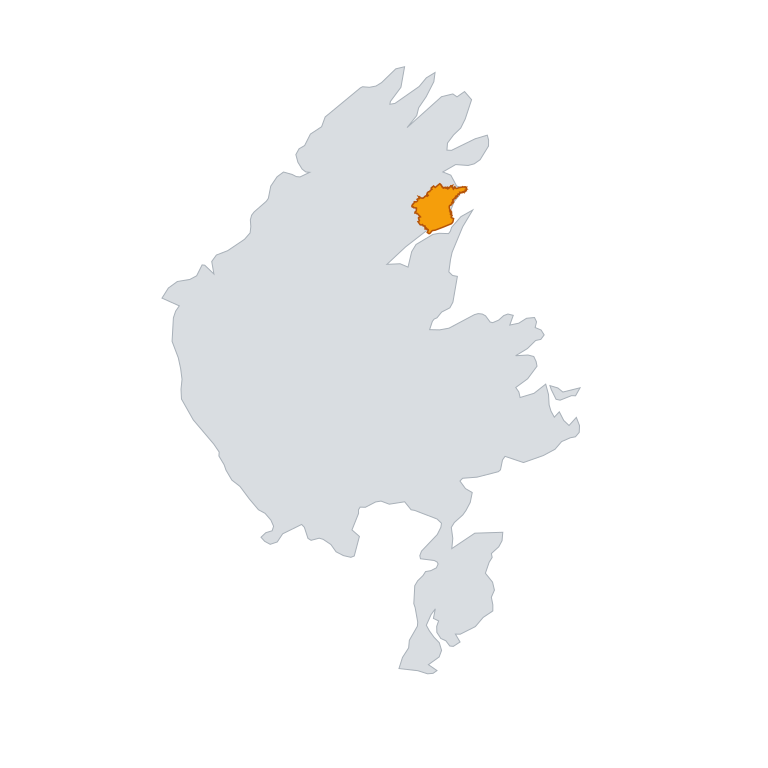 Listowel Lea-6, Kerry, Ireland shown in context, rotated 157°
{"feature_id": "5873133B46430887417549", "entity_name": "Listowel Lea-6", "entity_type": "district", "adm_level": 2, "iso_a3": "IRL", "parent_name": "Ireland", "parent_adm1": "Kerry", "projection": "orthographic", "projection_center": [-9.67, 52.458], "detail": "fine", "context": "in_parent", "style": "filled", "palette": "amber", "viewbox_px": 768, "rotation_deg": 157, "n_neighbors": 0, "source": "geoboundaries", "source_scale": "gbopen_adm2", "svg_char_len": 9136}
<svg xmlns="http://www.w3.org/2000/svg" viewBox="0 0 768 768"><g transform="rotate(157 384 384)"><path d="M460.8,138.2L447.9,148.0L446.0,151.6L442.7,166.0L442.4,170.1L434.5,186.3L429.9,189.7L423.0,192.4L419.0,195.1L414.0,193.9L407.6,194.3L404.5,197.2L404.7,199.4L406.7,201.9L418.7,208.9L418.1,212.0L414.8,215.5L393.8,224.6L387.6,229.9L385.5,233.4L387.9,239.0L405.3,255.8L408.2,257.6L411.0,267.5L426.1,271.3L432.5,277.4L437.8,278.7L449.3,277.8L454.1,280.0L456.6,278.2L458.0,274.8L470.5,262.2L466.2,253.3L478.6,237.3L482.2,237.4L488.4,241.9L493.7,248.3L495.6,257.0L500.7,264.8L503.9,267.4L512.2,268.6L514.3,271.6L513.3,283.2L514.7,286.9L535.8,285.7L544.0,280.3L551.4,280.9L555.3,285.8L557.1,291.0L550.9,293.3L544.3,292.6L541.2,296.2L541.3,302.9L544.0,311.4L548.7,317.3L552.9,330.9L556.6,346.0L561.6,355.0L563.1,366.5L562.7,372.1L564.1,382.2L562.3,385.8L564.2,395.3L573.6,425.5L576.3,449.3L572.9,458.5L568.1,467.2L565.2,477.5L563.1,488.5L562.4,506.1L552.0,527.2L547.3,532.5L541.9,535.9L554.8,549.8L545.0,556.6L534.1,559.1L521.8,556.1L514.2,556.8L504.9,564.7L502.6,563.4L497.6,551.7L494.7,564.1L487.9,568.2L475.8,567.8L455.8,571.7L448.2,575.4L445.1,580.9L442.9,587.3L439.9,591.1L436.4,593.1L420.9,598.2L417.9,600.1L410.9,610.4L401.5,616.5L393.7,618.4L386.6,612.7L383.7,609.2L380.4,607.4L369.7,607.9L373.1,609.7L375.4,613.8L376.6,621.8L375.5,629.6L370.3,633.7L363.9,634.5L354.1,642.8L340.9,645.2L333.8,652.8L290.1,665.8L287.6,666.0L281.5,662.8L275.0,661.4L268.4,662.4L250.0,669.5L241.1,668.0L252.5,650.5L267.7,641.6L269.3,639.2L264.3,638.0L235.4,644.1L225.4,649.3L215.3,650.8L220.0,642.8L233.0,631.9L244.2,624.7L249.0,618.3L262.6,611.0L218.8,626.0L207.3,624.1L204.6,619.8L195.6,621.7L192.3,611.5L205.7,596.2L213.4,589.6L222.6,586.1L231.4,581.0L234.7,574.7L230.6,572.7L204.2,574.1L191.7,572.7L192.4,567.7L194.8,562.2L207.9,552.9L214.9,551.4L221.2,552.3L232.3,558.0L247.0,556.2L240.9,550.1L239.8,537.9L235.1,533.7L241.2,528.1L248.1,524.6L259.5,512.9L263.6,511.1L286.2,508.2L310.5,501.8L334.6,493.0L322.2,488.4L316.2,482.2L306.8,495.0L300.0,499.9L280.6,502.6L274.4,501.2L265.8,497.2L263.1,498.8L260.6,501.8L247.8,508.0L234.3,509.5L250.0,498.1L269.8,478.7L274.2,472.5L280.5,461.9L278.5,457.1L274.4,454.4L288.6,432.4L293.6,428.4L302.8,427.7L309.4,424.2L312.4,424.2L315.0,422.8L320.8,416.2L311.7,412.1L302.4,410.0L273.6,412.5L269.8,412.0L266.2,410.0L263.9,407.1L262.1,399.6L260.0,398.0L253.5,398.0L247.1,400.2L242.6,400.0L238.2,396.7L245.2,389.1L236.2,387.3L227.1,388.8L219.5,386.4L219.3,381.6L222.8,376.9L218.3,372.3L217.4,366.6L222.2,363.8L227.4,364.8L238.1,360.6L251.8,358.6L240.1,354.4L235.4,350.8L235.2,345.3L236.2,340.6L249.7,332.7L264.1,329.3L263.0,324.0L264.0,318.4L249.5,316.8L235.2,320.7L236.7,310.0L240.2,300.2L240.9,293.8L240.2,286.9L233.5,289.9L232.8,280.2L229.9,273.5L220.0,278.1L220.3,269.3L223.2,263.2L228.4,260.6L233.5,261.7L243.0,261.6L252.1,257.1L265.3,255.9L286.3,257.2L300.9,270.1L304.6,267.8L310.3,259.5L313.0,258.6L334.8,261.9L348.4,266.5L352.0,265.0L349.9,255.9L345.2,249.6L350.9,241.3L357.9,235.6L362.6,232.7L373.4,229.0L378.1,225.7L381.0,215.0L385.9,206.0L358.7,211.2L332.6,201.1L336.6,193.6L342.0,189.3L351.4,186.0L352.2,182.1L356.9,178.8L364.6,170.2L361.5,159.2L362.9,151.1L368.5,145.8L370.1,138.2L372.5,132.6L383.9,130.4L394.7,125.0L411.6,123.9L416.0,125.9L414.8,116.8L422.7,115.4L425.8,117.1L427.4,123.5L431.1,127.5L432.4,134.7L430.2,140.3L426.3,144.6L430.1,148.9L424.6,157.0L430.7,153.4L439.3,145.4L438.7,139.1L436.9,131.3L434.2,124.2L435.1,116.3L439.9,111.2L452.8,108.3L447.2,99.5L451.9,98.5L457.1,100.2L464.9,106.9L481.4,116.2L473.8,125.1L464.4,131.5L460.8,138.2ZM232.2,313.5L231.9,317.7L225.5,312.4L222.5,306.7L205.0,303.9L212.3,298.3L215.9,300.0L228.2,300.3L231.6,302.7L232.2,313.5Z" fill="#d9dde1" stroke="#a8b0b8" stroke-width="1"/><path d="M261.0,546.9L262.4,546.3L262.5,546.5L264.1,545.9L263.8,544.5L265.6,544.2L266.1,543.9L266.7,543.3L268.0,543.6L269.4,543.1L269.7,542.4L270.4,542.1L270.6,541.7L270.0,541.6L269.6,540.3L270.9,539.9L271.3,540.6L272.1,540.9L272.7,540.6L272.9,540.7L273.5,540.4L273.6,540.5L273.9,540.2L275.5,539.8L275.8,540.1L276.2,540.1L276.8,540.6L277.3,540.7L277.9,541.3L278.0,542.4L278.5,542.3L279.0,542.9L278.9,542.0L278.9,541.3L279.1,540.9L279.6,541.2L280.8,541.2L281.3,541.1L281.1,540.8L281.0,540.5L281.5,539.5L282.8,539.0L283.2,539.1L284.6,539.9L284.9,539.9L284.9,539.6L285.2,539.3L285.1,539.1L286.5,538.6L286.6,538.4L286.8,538.4L287.2,538.0L287.5,538.1L287.6,537.9L288.1,537.7L288.6,536.9L288.7,537.1L288.9,536.9L288.8,535.8L288.3,535.6L288.0,535.2L287.8,535.4L287.7,535.2L287.9,534.9L287.8,534.6L287.2,534.4L286.5,533.9L285.8,533.8L285.6,533.6L285.7,533.3L285.4,533.1L285.6,532.7L285.9,532.1L286.1,531.9L286.3,531.5L286.6,530.8L287.2,530.4L288.4,530.1L288.7,529.2L287.8,529.1L287.4,528.0L287.1,527.9L286.8,528.0L286.3,526.9L286.1,525.9L285.5,525.1L285.6,524.7L285.4,524.3L285.6,524.1L285.6,523.8L285.4,523.7L285.3,523.8L285.2,523.6L285.6,523.6L285.6,523.8L285.8,523.7L285.8,524.0L286.1,523.8L286.0,523.7L286.3,523.8L286.5,523.7L286.6,523.8L287.1,523.8L287.2,523.4L287.1,523.2L287.4,523.1L287.4,522.9L287.6,522.6L287.6,521.8L287.4,521.3L287.4,521.0L287.6,520.5L287.9,520.3L289.3,520.2L288.5,516.5L287.8,516.0L287.1,515.7L286.2,515.7L286.2,515.2L286.2,514.8L286.1,514.5L285.7,514.1L285.8,514.0L284.7,513.6L284.7,513.3L284.5,513.1L284.7,512.8L285.0,512.8L285.1,512.4L284.5,511.6L285.2,511.5L285.3,511.4L285.6,510.6L285.3,510.5L285.1,510.5L284.9,510.8L284.6,510.6L284.1,510.6L283.9,510.3L284.0,510.2L284.2,509.8L283.0,508.9L283.1,508.7L283.2,508.2L283.4,507.9L283.6,507.9L283.7,507.7L285.0,506.6L283.9,504.9L283.2,504.7L282.5,504.9L280.4,506.0L279.4,506.3L276.8,505.6L268.1,505.3L259.2,505.2L257.3,506.2L255.3,509.1L256.8,510.6L256.7,510.9L256.8,511.0L256.6,511.1L256.9,511.1L256.9,511.5L255.6,512.4L255.6,512.6L255.4,512.7L255.4,512.8L255.4,513.1L255.2,513.1L255.6,513.3L255.6,513.5L256.3,513.7L256.2,513.9L256.3,514.0L256.1,514.1L256.2,514.3L255.9,514.4L256.1,514.5L255.9,514.7L256.1,514.8L256.0,515.0L256.0,515.3L255.5,515.1L255.1,515.4L255.5,515.5L255.1,515.6L255.8,515.6L255.8,515.9L255.1,516.1L254.9,516.4L255.2,516.4L255.4,516.6L255.7,516.9L255.5,517.2L255.3,517.1L255.2,517.2L255.3,517.3L255.2,517.3L255.3,517.5L255.7,517.7L255.6,518.0L255.4,517.9L255.3,518.2L255.1,518.3L255.3,519.1L255.2,520.0L254.9,521.2L254.6,521.8L254.4,522.2L253.8,522.7L252.6,522.4L252.5,522.5L252.3,522.7L252.4,522.8L251.9,523.2L251.2,523.2L251.2,523.3L250.7,523.6L250.7,523.8L250.7,524.0L250.2,523.9L250.2,524.1L249.9,524.0L249.9,524.4L249.5,524.3L249.6,524.5L249.4,524.6L249.6,524.7L249.2,524.8L249.3,524.9L249.2,525.0L249.3,525.3L249.2,525.3L249.0,525.7L248.9,526.1L248.8,525.9L248.3,526.1L248.2,526.4L248.3,526.5L248.2,526.4L248.0,526.6L247.8,526.5L247.7,526.7L247.8,526.8L247.6,526.9L247.4,527.1L247.2,527.2L246.9,527.1L246.7,527.0L246.4,527.0L246.5,527.1L246.2,527.2L246.3,527.3L246.2,527.6L245.9,527.7L245.4,527.4L245.2,527.8L245.1,527.6L244.9,527.6L244.8,528.1L244.7,528.0L244.4,528.4L244.2,528.4L244.2,528.2L244.1,528.3L244.0,528.2L243.9,528.4L243.7,528.3L243.7,528.5L243.5,528.4L243.6,528.7L243.3,528.6L243.2,528.7L243.2,528.8L242.7,529.0L242.5,528.9L242.4,529.1L242.4,528.8L242.3,529.0L242.2,529.4L242.2,529.2L242.1,529.3L241.9,529.3L242.0,529.4L241.9,529.5L241.8,529.3L241.6,529.4L241.6,529.5L241.2,529.4L241.2,529.5L240.9,529.3L240.9,529.6L240.7,529.5L240.4,529.6L240.4,529.9L239.3,530.1L239.2,530.2L239.2,530.5L239.0,530.3L238.9,530.5L238.7,530.4L238.6,530.2L238.4,530.1L238.1,529.8L238.0,529.7L237.8,529.7L237.8,529.8L237.5,529.7L237.5,529.8L237.3,529.9L237.4,530.0L237.0,529.9L237.0,530.0L236.9,529.8L236.9,529.6L236.7,529.6L236.8,529.7L236.3,529.5L236.2,529.7L236.2,529.8L235.8,529.5L235.6,529.7L235.4,529.5L235.1,529.6L235.1,529.3L234.9,529.5L235.0,529.6L234.9,529.8L234.9,529.7L234.8,529.9L234.5,529.7L234.5,529.8L234.0,529.7L234.1,529.9L233.8,530.0L233.6,530.0L233.5,530.3L233.2,530.3L233.2,530.5L232.7,530.2L232.7,530.4L232.8,530.6L232.7,530.5L232.4,530.8L232.2,530.8L231.9,530.9L231.8,531.1L231.8,531.4L231.6,531.3L231.7,531.6L231.8,531.6L231.9,531.9L231.7,532.1L231.7,532.5L231.5,532.4L231.4,532.5L231.5,532.7L231.4,532.8L231.5,532.8L231.7,533.2L231.9,533.3L231.9,533.5L232.0,533.7L232.2,533.8L232.4,533.8L232.6,533.7L232.7,534.0L232.9,534.0L233.2,534.0L233.9,534.3L234.4,534.9L234.7,534.8L234.7,534.6L235.2,534.8L235.5,534.7L236.2,535.1L237.1,535.1L238.3,535.5L239.7,535.4L240.0,535.6L240.3,535.6L241.0,535.7L241.3,535.9L241.6,536.5L241.7,537.2L241.7,537.9L242.5,537.7L242.5,537.3L242.7,537.2L242.8,536.9L244.0,536.3L244.0,537.3L244.3,538.5L244.5,538.7L244.5,538.9L244.7,539.0L244.8,539.1L245.0,539.3L243.8,539.5L244.0,539.9L243.8,540.0L245.0,540.1L245.2,540.3L245.7,539.6L245.9,539.7L246.3,539.6L247.5,539.6L247.6,539.2L247.3,539.1L247.5,538.9L248.4,538.9L248.5,538.9L248.6,538.7L249.2,538.7L249.5,539.8L248.8,540.2L248.9,540.5L249.4,540.2L249.7,540.3L250.0,540.1L250.3,540.0L250.6,540.7L250.8,540.4L251.6,541.3L252.6,540.9L253.0,541.3L253.1,541.5L252.8,541.9L253.3,542.9L253.6,542.8L253.7,543.0L253.5,544.0L253.4,544.3L253.6,544.5L253.7,545.2L254.0,545.3L254.0,545.9L254.1,546.2L254.4,546.6L260.1,544.9L261.0,546.9Z" fill="#f59e0b" stroke="#b45309" stroke-width="1.5"/></g></svg>